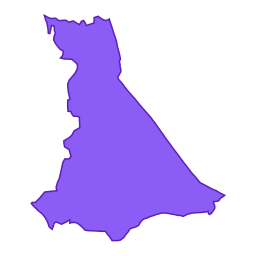 the district of Chamchamal, As-Sulaymaniyah, Iraq
{"feature_id": "34846034B49134433337490", "entity_name": "Chamchamal", "entity_type": "district", "adm_level": 2, "iso_a3": "IRQ", "parent_name": "Iraq", "parent_adm1": "As-Sulaymaniyah", "projection": "albers", "projection_center": [44.962, 35.42], "detail": "fine", "context": "isolated", "style": "filled", "palette": "violet", "viewbox_px": 256, "rotation_deg": 0, "n_neighbors": 0, "source": "geoboundaries", "source_scale": "gbopen_adm2", "svg_char_len": 3094}
<svg xmlns="http://www.w3.org/2000/svg" viewBox="0 0 256 256"><path d="M120.4,58.9L119.4,53.7L117.3,46.2L117.0,44.2L116.4,40.9L113.3,31.8L110.9,24.1L109.6,20.5L109.3,19.0L107.9,20.0L105.2,20.5L102.6,19.4L98.0,16.3L94.1,17.6L94.1,22.9L86.4,25.5L85.3,23.1L84.1,21.3L83.4,20.5L81.4,21.3L80.6,22.6L79.5,24.6L76.7,23.1L73.2,20.9L68.8,22.2L65.8,20.2L61.9,20.4L60.1,20.6L58.5,20.4L55.9,18.4L55.0,18.2L53.6,18.2L52.5,18.6L51.1,18.6L48.3,17.5L46.9,16.9L45.9,16.2L44.4,15.4L45.8,20.3L46.6,21.8L47.1,23.7L47.6,26.8L48.1,29.6L48.3,33.3L49.8,33.6L51.6,25.5L54.3,26.2L54.3,30.2L55.3,33.0L54.6,35.1L54.1,36.4L53.6,39.8L55.3,43.2L56.1,44.4L59.6,48.8L61.6,50.3L62.6,50.6L63.1,51.2L63.1,52.5L62.8,55.3L61.8,56.5L60.5,58.0L64.3,59.0L66.8,59.0L71.8,59.3L74.8,61.8L77.4,64.3L77.4,68.6L75.1,73.2L70.9,78.2L69.5,79.7L67.8,83.7L67.8,86.8L68.3,91.8L68.5,92.7L70.0,99.5L67.7,100.1L67.7,102.9L67.7,106.3L68.0,111.3L71.0,111.6L71.5,113.4L72.5,114.7L73.5,116.2L74.2,116.2L76.0,116.2L79.3,116.9L79.8,127.7L79.3,127.9L74.2,130.8L71.9,135.1L68.9,137.9L63.9,140.7L63.9,143.1L64.6,146.8L66.1,147.8L69.1,149.6L71.1,156.5L68.9,158.9L64.8,158.9L62.8,162.6L61.8,167.6L60.2,174.7L59.2,178.7L57.4,182.7L56.2,187.0L56.2,188.0L56.9,190.8L52.9,191.1L44.8,192.0L42.6,194.5L39.9,197.8L35.4,202.4L33.2,202.4L32.3,202.4L31.3,203.3L32.3,204.6L33.4,206.0L35.5,207.8L37.8,210.3L41.9,213.6L44.0,216.1L45.3,217.9L47.3,221.5L48.5,224.7L49.1,226.7L50.5,228.1L52.2,229.2L52.2,228.7L53.3,226.5L53.9,223.3L56.3,221.9L61.3,224.2L62.2,223.9L66.4,221.9L69.8,219.9L69.8,223.2L71.8,222.5L73.6,222.5L75.1,222.5L76.0,222.6L77.7,223.5L80.4,225.5L83.0,227.9L84.8,230.0L87.5,230.6L94.9,230.9L101.5,231.3L105.3,231.3L106.5,232.9L109.7,237.0L111.8,240.1L112.1,240.6L114.1,240.6L116.2,240.6L117.5,240.6L120.4,240.1L122.1,238.7L123.5,237.8L124.5,236.6L125.8,234.5L127.5,232.6L128.5,231.4L129.5,229.4L131.8,227.9L133.4,227.7L135.5,227.0L137.5,226.1L138.7,225.2L140.4,222.4L142.1,220.2L144.5,218.6L147.0,218.1L149.5,216.8L151.7,216.1L152.7,215.8L156.1,214.6L159.1,213.8L161.2,213.1L162.8,213.0L165.3,213.0L169.4,213.6L172.4,214.2L175.7,214.8L177.8,215.4L180.9,215.5L182.9,216.4L184.6,215.7L186.3,214.8L188.4,213.9L190.3,213.6L191.9,213.0L194.7,212.9L197.0,212.7L198.9,212.5L200.7,212.5L204.3,212.1L205.1,212.1L206.1,211.9L208.0,211.4L208.4,212.8L208.6,213.7L209.5,214.5L211.3,213.5L212.0,212.4L212.7,211.7L213.3,210.5L214.1,209.6L214.7,208.6L214.8,206.6L214.6,205.2L213.8,203.7L213.4,201.6L216.7,201.4L218.4,200.9L219.2,200.2L220.1,198.7L221.2,197.7L223.6,196.3L224.4,195.6L224.7,195.3L224.4,195.1L220.3,193.2L216.3,190.7L212.5,189.2L203.7,184.5L200.3,182.8L198.1,180.3L195.4,176.9L191.5,172.7L188.5,168.7L183.1,161.7L176.8,153.2L172.3,147.4L170.6,144.8L165.6,138.2L163.6,135.2L160.9,131.4L157.6,126.8L155.2,123.3L154.9,122.8L153.9,121.6L152.2,119.5L151.3,118.1L147.9,114.1L142.9,108.5L138.6,103.5L135.4,99.4L132.8,96.5L128.0,91.1L124.4,86.5L122.6,83.9L119.0,79.9L117.7,77.4L118.6,75.9L119.1,74.8L120.1,73.1L120.8,71.7L120.8,70.4L120.8,68.9L120.1,67.3L120.1,64.9L119.8,63.1L119.3,61.2L120.0,60.3L120.4,58.9Z" fill="#8b5cf6" stroke="#5b21b6" stroke-width="1.5"/></svg>